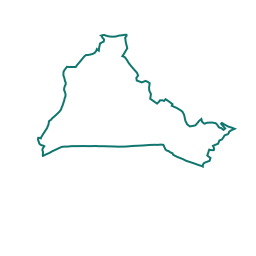 Chamchamal, As-Sulaymaniyah, Iraq, rotated 127°
{"feature_id": "34846034B49134433337490", "entity_name": "Chamchamal", "entity_type": "district", "adm_level": 2, "iso_a3": "IRQ", "parent_name": "Iraq", "parent_adm1": "As-Sulaymaniyah", "projection": "albers", "projection_center": [44.962, 35.42], "detail": "fine", "context": "isolated", "style": "outline", "palette": "teal", "viewbox_px": 256, "rotation_deg": 127, "n_neighbors": 0, "source": "geoboundaries", "source_scale": "gbopen_adm2", "svg_char_len": 3137}
<svg xmlns="http://www.w3.org/2000/svg" viewBox="0 0 256 256"><g transform="rotate(127 128 128)"><path d="M122.2,75.5L121.5,71.5L119.9,65.8L119.6,64.3L119.2,61.8L116.8,54.9L115.0,49.0L114.0,46.3L113.8,45.1L112.7,45.9L110.7,46.3L108.7,45.4L105.2,43.1L102.3,44.1L102.3,48.1L96.4,50.1L95.6,48.2L94.6,46.9L94.1,46.2L92.6,46.9L91.9,47.9L91.1,49.4L89.0,48.2L86.3,46.6L83.0,47.5L80.7,46.1L77.7,46.2L76.4,46.4L75.2,46.2L73.2,44.7L72.5,44.5L71.4,44.5L70.6,44.9L69.6,44.9L67.4,44.0L66.4,43.5L65.6,43.0L64.5,42.4L65.5,46.1L66.1,47.3L66.5,48.7L66.9,51.0L67.2,53.2L67.4,56.0L68.6,56.2L69.9,50.1L72.0,50.6L72.0,53.6L72.8,55.8L72.2,57.4L71.8,58.3L71.4,60.9L72.7,63.5L73.3,64.5L76.0,67.8L77.5,68.9L78.3,69.2L78.6,69.7L78.6,70.6L78.4,72.7L77.7,73.6L76.7,74.8L79.6,75.5L81.5,75.5L85.3,75.8L87.6,77.7L89.5,79.6L89.5,82.8L87.8,86.4L84.6,90.1L83.6,91.3L82.2,94.4L82.2,96.7L82.6,100.5L82.7,101.2L83.9,106.4L82.2,106.8L82.2,108.9L82.2,111.5L82.4,115.3L84.7,115.5L85.0,116.9L85.8,117.9L86.6,119.1L87.1,119.1L88.5,119.1L91.0,119.5L91.3,127.8L91.0,128.0L87.1,130.1L85.4,133.4L83.1,135.5L79.2,137.6L79.2,139.5L79.8,142.3L81.0,143.0L83.3,144.5L84.8,149.6L83.0,151.5L80.0,151.5L78.4,154.3L77.7,158.1L76.5,163.5L75.7,166.5L74.4,169.6L73.4,172.9L73.4,173.6L74.0,175.7L70.9,175.9L64.7,176.6L63.1,178.6L61.1,181.1L57.6,184.6L55.9,184.6L55.3,184.6L54.5,185.3L55.2,186.2L56.1,187.3L57.7,188.7L59.4,190.6L62.6,193.1L64.1,195.0L65.1,196.3L66.7,199.1L67.6,201.5L68.0,203.0L69.1,204.1L70.3,205.0L70.3,204.5L71.2,202.9L71.7,200.5L73.5,199.4L77.3,201.2L77.9,200.9L81.2,199.4L83.8,197.9L83.7,200.4L85.3,199.8L86.7,199.8L87.8,199.8L88.4,200.0L89.8,200.6L91.8,202.1L93.8,203.9L95.1,205.5L97.2,206.0L102.8,206.2L107.9,206.5L110.8,206.5L111.7,207.7L114.1,210.9L115.7,213.2L115.9,213.6L117.4,213.6L119.0,213.6L120.0,213.6L122.2,213.2L123.5,212.2L124.6,211.5L125.3,210.6L126.3,209.0L127.6,207.5L128.4,206.6L129.2,205.1L130.9,203.9L132.1,203.8L133.7,203.3L135.2,202.6L136.1,201.9L137.4,199.8L138.7,198.1L140.6,196.9L142.4,196.5L144.4,195.5L146.0,195.0L146.8,194.7L149.4,193.8L151.6,193.3L153.3,192.7L154.5,192.6L156.3,192.6L159.5,193.1L161.8,193.5L164.3,194.0L165.9,194.4L168.2,194.5L169.7,195.2L171.0,194.7L172.3,194.0L173.9,193.3L175.3,193.1L176.5,192.6L178.7,192.5L180.5,192.4L181.9,192.2L183.3,192.2L186.0,191.9L186.6,191.9L187.4,191.8L188.8,191.4L189.2,192.5L189.3,193.1L189.9,193.8L191.3,193.0L191.9,192.2L192.4,191.6L192.8,190.7L193.5,190.0L193.9,189.2L194.0,187.8L193.8,186.7L193.2,185.5L192.9,183.9L195.4,183.8L196.7,183.4L197.4,182.8L198.0,181.8L198.9,181.0L200.7,179.9L201.3,179.4L201.5,179.2L201.3,179.0L198.2,177.5L195.1,175.7L192.2,174.5L185.6,171.0L183.0,169.6L181.3,167.8L179.2,165.1L176.3,162.0L174.0,158.9L169.9,153.6L165.1,147.1L161.7,142.8L160.4,140.8L156.6,135.7L155.1,133.5L153.0,130.6L150.5,127.1L148.7,124.4L148.4,124.1L147.7,123.1L146.4,121.5L145.7,120.5L143.1,117.4L139.3,113.2L136.1,109.3L133.6,106.3L131.6,104.0L128.0,99.9L125.3,96.5L123.9,94.5L121.2,91.4L120.2,89.6L120.8,88.4L121.3,87.6L122.0,86.2L122.6,85.2L122.6,84.2L122.6,83.1L122.0,81.9L122.0,80.0L121.8,78.7L121.4,77.2L121.9,76.5L122.2,75.5Z" fill="none" stroke="#0f766e" stroke-width="2"/></g></svg>